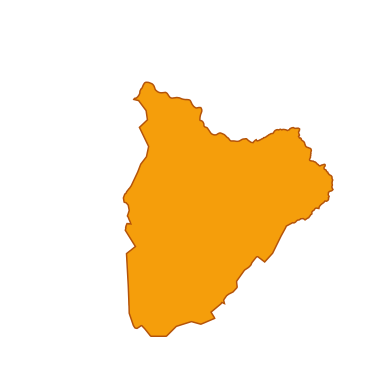 the district of Formosa do Rio Preto, Bahia, Brazil, rotated 325°
{"feature_id": "56859067B17648013689335", "entity_name": "Formosa do Rio Preto", "entity_type": "district", "adm_level": 2, "iso_a3": "BRA", "parent_name": "Brazil", "parent_adm1": "Bahia", "projection": "orthographic", "projection_center": [-45.652, -10.857], "detail": "fine", "context": "isolated", "style": "filled", "palette": "amber", "viewbox_px": 384, "rotation_deg": 325, "n_neighbors": 0, "source": "geoboundaries", "source_scale": "gbopen_adm2", "svg_char_len": 6092}
<svg xmlns="http://www.w3.org/2000/svg" viewBox="0 0 384 384"><g transform="rotate(325 192 192)"><path d="M138.1,308.5L138.3,307.4L138.7,301.3L151.6,300.2L153.1,299.6L154.6,302.0L155.7,299.1L156.0,298.7L156.5,298.4L160.8,296.8L163.4,296.7L168.3,297.4L169.2,297.2L173.7,296.2L174.3,295.9L174.7,295.4L176.5,292.0L177.1,291.1L177.5,290.6L190.2,286.1L194.9,286.2L195.9,286.1L198.0,285.7L198.7,285.4L200.4,284.3L200.9,284.1L207.0,282.3L207.6,282.2L208.4,282.4L208.9,283.0L211.4,291.0L222.9,288.4L239.6,279.2L248.1,275.0L249.7,274.0L257.0,274.9L257.7,275.8L258.3,275.9L258.9,276.0L259.6,276.0L260.9,275.7L261.7,275.6L262.2,275.6L262.8,275.8L263.6,276.3L265.0,276.4L265.5,276.2L267.9,277.6L268.6,279.7L271.5,279.7L272.8,280.0L273.5,279.7L273.9,279.6L275.7,279.0L276.1,278.7L276.6,278.7L277.4,278.8L277.9,278.4L278.4,277.5L278.8,277.1L279.6,276.9L280.0,276.8L280.6,276.8L281.2,276.9L281.7,276.8L283.2,276.2L283.9,276.2L284.5,276.4L284.9,276.8L285.5,277.3L285.8,277.7L286.5,278.3L287.0,277.7L287.4,277.4L287.9,277.1L288.5,276.8L289.9,276.4L290.9,276.3L291.9,276.2L293.9,276.2L294.5,276.0L295.1,275.8L295.7,275.6L296.1,275.9L296.4,276.3L296.9,276.7L297.6,276.8L298.2,276.8L298.9,276.7L299.4,276.4L299.9,276.1L300.2,275.6L300.3,275.1L300.6,274.8L301.3,274.7L301.8,274.3L301.9,272.7L302.2,272.1L302.8,271.5L303.4,270.7L304.0,270.5L304.7,270.5L305.4,270.5L305.9,270.7L306.4,270.9L307.0,271.1L307.5,271.1L308.4,271.0L309.0,270.7L308.9,269.8L309.1,269.3L309.4,268.1L310.5,267.2L310.9,266.9L311.2,266.4L311.4,265.8L311.9,264.8L312.4,264.4L312.8,264.1L313.0,263.6L313.4,263.3L313.8,263.2L314.2,262.8L314.4,261.4L314.6,261.0L314.9,260.6L315.2,260.2L315.4,259.7L315.4,258.9L315.2,258.1L314.5,256.8L314.3,256.1L314.4,255.3L314.2,254.6L314.5,254.1L314.6,253.7L314.1,252.6L314.1,252.1L314.2,251.7L314.4,251.2L314.3,250.6L314.1,250.2L313.7,249.7L313.5,249.1L313.7,248.4L314.0,247.9L314.5,247.4L315.8,247.1L316.2,246.8L316.5,246.3L316.7,245.8L316.4,245.3L315.8,245.1L315.2,244.8L314.7,244.8L313.7,244.3L313.0,244.2L312.3,244.1L311.8,244.0L311.4,243.5L311.2,243.0L311.1,242.0L311.0,241.6L310.7,241.1L310.6,240.5L310.6,240.0L310.5,239.5L310.4,238.9L310.2,238.2L309.4,237.2L309.2,236.7L309.0,236.2L308.5,235.9L308.2,235.5L307.8,235.2L306.8,234.1L306.6,233.4L307.0,232.7L307.9,232.1L308.9,231.6L309.1,231.2L309.6,230.7L310.0,230.2L310.4,230.0L310.5,229.5L311.2,228.9L311.6,228.6L311.7,228.1L312.2,227.6L312.6,227.3L313.7,226.3L313.8,225.7L314.1,225.2L314.0,224.4L313.7,223.8L313.3,223.4L312.7,222.3L311.9,221.3L311.6,220.7L311.4,220.0L311.6,218.7L311.8,218.2L311.8,217.7L312.4,216.3L312.4,215.6L312.5,215.2L312.1,213.7L311.7,212.8L311.6,211.8L311.9,211.3L312.0,210.8L311.9,210.0L311.0,209.5L311.0,208.9L311.2,208.4L311.2,207.5L311.7,207.3L312.3,207.3L312.7,207.0L312.9,205.8L313.2,205.0L313.5,204.3L314.0,203.7L314.5,203.5L315.0,203.5L315.4,203.0L315.9,202.6L316.3,202.0L315.8,200.8L315.1,200.5L314.8,200.0L314.4,199.9L312.8,198.9L312.5,198.5L312.1,197.5L311.5,197.1L310.6,196.7L308.6,196.3L307.7,196.8L307.0,196.7L305.3,196.3L305.0,195.6L304.6,194.9L304.0,194.3L303.3,193.6L302.4,192.9L301.2,192.6L300.7,191.7L300.3,191.2L298.5,190.8L297.6,189.8L296.8,189.5L295.5,189.3L294.7,189.4L294.0,189.6L293.4,189.9L292.4,190.3L291.8,190.4L290.9,189.9L290.2,189.5L289.0,189.5L288.6,189.3L287.7,189.2L286.6,189.3L285.1,189.2L283.7,189.3L282.8,189.1L281.9,188.6L281.4,188.8L280.6,188.8L279.5,188.5L278.5,188.5L277.8,188.4L277.2,188.2L276.7,188.3L275.7,187.9L274.9,187.7L274.5,187.2L274.5,186.7L274.6,186.0L273.7,185.9L272.0,186.1L270.3,186.6L268.7,185.0L268.4,183.9L267.7,182.1L267.3,180.1L267.1,179.6L266.3,179.0L265.5,178.7L264.4,178.0L263.8,177.8L262.9,177.6L260.1,177.4L258.8,176.9L257.6,176.1L255.7,174.3L253.4,172.7L253.0,172.2L252.7,171.1L252.7,168.7L252.2,167.7L251.9,166.3L251.8,165.5L251.6,164.4L251.3,163.4L250.4,161.8L249.2,160.0L248.4,159.5L247.1,159.2L244.9,159.1L244.2,158.8L243.0,158.0L242.4,157.3L242.0,156.7L241.4,155.5L241.2,154.4L241.3,148.4L241.1,147.8L240.7,147.2L239.9,146.1L239.7,145.4L239.8,144.5L240.7,143.1L241.0,142.0L241.1,141.1L241.1,140.6L241.0,139.9L240.7,139.3L240.3,138.6L239.8,138.2L239.7,137.7L239.9,137.2L240.5,136.6L240.8,136.1L242.2,134.6L243.6,133.4L245.4,132.2L246.4,131.4L246.9,130.7L247.2,130.2L247.5,129.1L247.6,128.4L247.6,127.9L247.1,127.5L246.7,127.2L246.4,126.9L245.6,126.5L244.1,125.9L243.7,125.6L243.2,125.0L242.9,124.1L242.5,123.0L242.4,121.5L242.4,120.1L242.9,117.2L243.0,116.3L242.9,115.6L242.3,114.6L240.9,113.4L239.5,112.4L238.3,111.3L237.1,109.9L235.7,107.7L234.0,106.1L233.1,105.5L232.1,105.1L231.3,104.6L229.5,103.7L229.0,103.2L228.4,102.2L228.2,101.7L228.1,99.3L228.2,98.6L228.2,97.1L228.1,96.6L227.6,95.4L226.9,94.9L225.2,94.0L223.7,93.1L223.0,92.5L222.1,91.5L221.3,90.0L220.7,87.7L220.7,86.8L221.1,85.5L221.4,84.5L221.6,83.5L221.7,82.7L221.6,81.5L221.3,80.4L219.5,77.6L218.8,76.9L217.4,75.8L216.6,75.5L215.7,75.5L214.8,75.8L213.3,76.5L211.8,77.5L210.3,78.3L209.8,78.4L209.0,78.4L208.6,78.8L207.6,79.3L207.2,79.6L205.7,81.3L204.3,82.1L202.5,82.8L201.1,83.0L200.5,83.1L199.7,82.9L199.2,82.5L198.5,82.4L197.8,82.6L197.4,82.8L200.7,86.5L201.1,99.0L196.9,107.3L186.0,108.9L182.6,129.8L182.2,130.2L174.9,137.0L166.0,139.8L159.0,144.5L145.9,152.0L143.0,153.1L142.5,153.1L138.6,154.3L137.4,155.1L135.7,155.2L132.4,157.5L130.6,161.3L130.9,161.9L131.9,163.1L132.2,166.2L130.0,171.1L126.3,173.9L125.5,174.4L125.2,175.0L125.3,175.6L125.3,176.2L125.2,176.7L125.0,177.1L124.7,178.4L124.6,179.0L124.3,180.6L123.6,183.1L123.1,182.6L122.6,182.2L122.1,182.1L121.9,181.5L121.4,181.4L121.1,180.9L120.7,180.6L119.9,181.0L119.3,181.5L118.7,181.8L118.3,182.3L117.7,182.6L117.3,183.0L117.2,183.6L116.6,184.0L116.0,184.6L115.4,185.1L114.4,204.2L103.0,204.9L86.1,232.1L78.3,244.2L75.6,248.3L74.9,249.5L71.1,255.2L70.9,255.7L67.5,267.4L67.4,268.1L67.3,270.5L67.7,271.1L68.2,271.7L68.8,272.2L70.9,272.3L73.6,272.3L74.2,272.7L74.7,275.9L74.9,277.6L75.4,285.8L75.6,286.5L76.0,286.9L88.0,295.3L88.7,295.4L101.9,293.1L102.5,293.2L108.3,295.0L117.1,297.8L117.6,298.3L118.9,299.9L123.1,305.0L123.6,305.4L127.5,306.3L131.9,307.2L138.1,308.5Z" fill="#f59e0b" stroke="#b45309" stroke-width="1.5"/></g></svg>